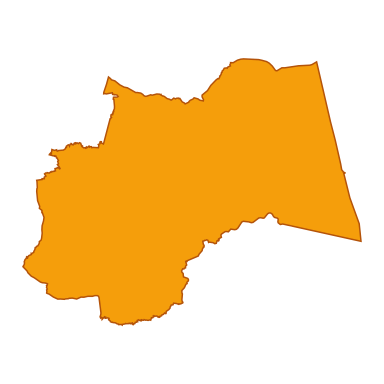 Khuan Khanun, Phatthalung, Thailand
{"feature_id": "78962969B61181446150659", "entity_name": "Khuan Khanun", "entity_type": "district", "adm_level": 2, "iso_a3": "THA", "parent_name": "Thailand", "parent_adm1": "Phatthalung", "projection": "albers", "projection_center": [100.01, 7.757], "detail": "fine", "context": "isolated", "style": "filled", "palette": "amber", "viewbox_px": 384, "rotation_deg": 0, "n_neighbors": 0, "source": "geoboundaries", "source_scale": "gbopen_adm2", "svg_char_len": 5864}
<svg xmlns="http://www.w3.org/2000/svg" viewBox="0 0 384 384"><path d="M108.5,77.0L106.5,84.3L103.8,92.3L103.7,93.8L104.7,93.6L106.4,93.9L112.3,92.8L112.6,94.4L113.8,94.3L114.1,94.9L115.0,94.7L117.0,95.0L118.2,96.5L117.2,97.1L113.5,97.2L113.2,99.2L113.9,99.6L114.5,106.4L114.4,108.8L113.5,110.9L113.7,111.6L113.1,111.8L112.9,112.4L113.2,112.9L112.7,113.4L112.9,113.8L112.6,114.7L111.7,114.4L111.0,114.9L110.9,116.7L111.5,117.5L110.7,118.1L110.5,118.8L110.1,118.8L103.7,143.2L103.3,143.3L103.3,143.9L101.0,142.8L101.3,141.7L100.7,141.6L99.9,142.1L100.0,143.7L98.3,144.5L98.8,145.3L98.4,147.7L93.0,147.4L91.8,147.7L91.4,146.7L90.0,146.7L89.5,147.1L89.0,146.1L87.7,147.2L87.1,147.4L86.4,146.9L86.2,147.3L86.6,147.9L85.7,148.3L85.2,147.7L83.7,147.9L81.9,146.5L82.4,146.0L81.3,145.1L80.7,143.2L79.4,142.7L78.5,143.6L77.1,142.9L76.6,143.4L75.7,142.7L74.6,143.0L75.0,143.9L73.4,144.0L73.1,144.9L71.5,144.4L71.4,143.6L71.1,143.5L70.9,144.0L70.1,144.3L69.5,146.1L69.1,145.2L68.3,144.8L66.4,146.2L66.4,147.4L65.8,147.4L65.3,148.8L63.4,150.1L58.6,150.5L57.6,151.1L56.6,150.6L56.6,149.8L54.4,150.4L51.9,149.5L51.6,152.0L50.2,153.5L51.3,153.4L51.4,153.7L50.0,154.2L49.5,154.8L53.4,155.9L54.7,155.7L54.8,156.3L55.9,156.1L56.5,157.9L57.0,157.9L58.4,160.6L57.7,161.4L58.5,163.8L57.4,164.6L59.2,166.9L60.0,168.6L59.5,168.8L59.2,168.2L57.3,167.5L56.9,168.2L55.0,168.6L55.4,170.8L54.7,170.9L54.5,171.3L53.6,171.2L52.9,171.6L51.9,171.4L51.6,172.0L50.7,172.3L50.5,172.0L49.2,173.1L47.2,172.6L47.0,173.0L45.6,173.0L44.5,173.9L45.9,176.1L44.2,177.2L44.3,178.7L42.1,178.7L42.1,179.5L36.7,180.3L37.0,181.6L37.3,187.9L36.9,188.7L36.7,191.3L37.6,200.7L39.7,206.4L39.4,208.4L41.9,210.4L41.9,212.6L42.3,212.6L44.0,217.4L43.5,221.0L42.1,225.8L41.9,229.9L42.2,233.1L41.6,238.3L41.1,240.1L39.3,241.6L39.3,243.2L37.9,245.8L36.5,246.4L35.9,247.5L35.2,247.6L34.9,249.5L33.9,251.3L33.7,252.4L31.9,253.4L31.2,253.3L31.4,254.5L28.8,255.6L28.0,256.8L26.8,256.6L26.6,256.8L26.5,257.3L27.3,257.6L27.4,258.2L26.2,258.4L25.1,259.5L24.2,261.9L24.5,262.5L24.3,264.4L23.0,266.5L23.2,267.0L23.7,267.0L23.9,267.7L27.0,270.9L28.0,272.9L31.3,276.2L34.3,277.8L40.3,282.0L42.2,282.7L45.3,283.0L47.5,283.7L47.3,285.0L46.6,285.4L46.9,285.8L46.5,287.3L47.3,289.1L46.6,289.9L46.9,291.4L46.6,293.0L46.9,293.3L49.1,294.1L53.3,297.0L57.8,299.1L60.3,299.0L64.4,299.3L65.5,298.9L68.3,298.7L69.1,298.3L72.3,298.1L76.7,299.0L81.0,297.1L83.9,297.2L87.9,296.3L92.4,296.3L94.9,295.6L97.4,295.6L98.3,296.1L99.0,297.3L100.9,312.4L100.9,314.1L100.1,316.8L100.6,318.0L101.4,317.3L102.4,317.9L102.0,318.4L102.1,319.4L103.5,317.8L104.3,317.9L104.3,317.0L104.6,316.8L105.1,317.6L105.6,317.3L105.7,318.2L107.7,317.9L109.0,318.4L108.6,319.7L110.2,320.9L110.4,321.7L112.1,322.4L112.5,322.2L113.2,322.6L115.4,322.8L117.0,323.8L118.5,324.1L118.6,324.6L121.2,324.5L122.2,325.1L122.3,324.4L125.1,323.9L125.5,323.5L126.0,323.7L128.9,323.6L129.0,323.3L130.2,323.2L130.4,323.7L131.7,323.7L131.8,323.1L132.3,322.9L132.8,324.5L133.2,324.7L133.5,324.5L133.2,323.7L134.9,323.5L135.3,322.3L136.7,322.2L136.9,321.5L137.6,321.6L137.3,320.4L138.7,319.8L139.2,320.5L140.3,320.2L140.9,320.9L141.3,320.8L141.2,319.9L141.4,319.7L143.0,320.3L143.7,320.2L144.1,319.6L145.4,320.2L146.0,320.0L148.1,320.4L149.9,319.9L150.7,320.2L151.5,317.7L152.7,317.8L153.2,317.2L153.3,316.1L154.0,316.4L154.1,315.8L155.0,316.2L156.9,316.0L157.7,316.9L158.4,316.7L158.8,317.3L159.5,317.3L159.8,317.1L159.7,316.4L161.6,315.8L161.9,314.9L163.4,314.4L164.6,313.0L165.6,313.6L166.0,313.5L166.3,311.3L168.7,309.7L170.0,308.2L170.1,307.0L170.6,306.5L171.1,305.1L173.0,304.8L173.6,303.2L176.4,303.5L178.9,304.4L179.2,304.2L179.0,303.9L180.9,303.9L181.7,303.2L182.6,303.1L182.9,302.3L182.1,301.1L181.9,299.6L182.4,293.9L182.0,293.2L181.8,290.6L184.4,287.7L185.9,284.3L187.1,283.6L186.8,282.8L186.9,282.3L188.4,280.8L188.4,279.3L187.7,278.4L183.5,276.9L183.1,273.4L182.0,272.4L181.6,270.8L182.7,268.8L183.9,269.0L184.4,268.1L185.5,267.9L185.6,266.0L186.7,265.0L185.8,262.1L186.7,261.7L186.1,261.2L198.3,256.0L199.0,254.3L202.1,250.7L202.5,248.8L203.2,247.8L203.3,247.2L204.0,247.0L204.1,245.5L203.3,244.1L202.8,241.2L204.3,240.8L204.7,240.3L205.7,240.4L206.6,239.8L207.9,240.3L208.6,242.4L209.1,242.1L213.2,242.7L214.8,243.7L216.3,243.3L217.0,240.8L217.4,240.6L218.2,241.0L218.8,240.7L219.1,239.8L218.5,239.4L218.6,238.9L221.4,237.3L221.0,235.8L221.1,234.6L221.6,234.0L225.0,231.7L226.1,231.5L228.4,231.8L230.8,229.1L234.8,229.7L236.4,229.3L237.9,228.0L241.8,222.0L243.3,221.3L248.9,221.9L251.3,222.7L253.0,222.4L258.8,218.0L260.6,217.7L263.2,218.2L264.3,217.9L267.6,213.8L269.0,213.0L270.6,213.0L272.3,214.2L273.5,216.4L274.5,217.4L277.2,218.1L277.9,218.6L278.2,219.6L277.9,221.4L278.1,222.7L280.3,224.5L282.7,224.0L361.0,241.3L359.2,223.7L349.9,198.0L343.8,173.5L344.9,173.2L345.0,172.8L343.1,171.9L343.1,171.5L341.7,169.8L340.6,163.7L335.3,140.5L330.5,121.9L316.6,61.9L312.1,64.5L309.9,65.2L298.5,65.8L284.9,67.8L281.9,67.8L276.9,70.8L275.5,70.5L272.3,66.1L269.3,63.2L266.6,61.6L261.9,60.3L258.6,59.6L243.6,58.9L240.7,59.2L237.4,60.2L233.2,62.7L230.6,62.6L230.7,63.2L229.9,64.7L230.4,65.9L227.9,67.0L227.2,68.2L226.7,67.9L224.3,68.2L223.0,70.4L222.1,71.1L222.1,72.2L221.4,72.7L221.2,74.1L220.5,75.4L219.7,76.1L219.9,76.6L218.8,78.8L217.9,78.6L216.1,79.9L210.9,85.3L207.5,90.6L202.1,95.1L202.1,96.9L203.5,99.7L203.3,100.9L199.8,100.2L198.0,98.9L194.1,97.8L192.9,99.1L190.4,100.2L189.0,101.5L188.8,102.2L185.1,103.9L184.4,103.0L182.2,101.9L179.9,98.5L179.1,98.7L178.9,98.2L178.4,98.1L176.5,98.3L175.5,98.9L173.8,98.1L171.5,100.0L170.5,99.9L169.7,99.3L167.1,98.6L164.4,96.5L163.2,96.0L162.8,96.1L161.3,95.2L161.0,94.4L160.3,94.7L159.7,94.2L156.8,94.0L152.2,95.2L150.7,94.8L146.7,96.2L145.2,96.3L143.7,95.5L142.9,94.5L140.8,93.1L137.1,92.5L135.8,92.6L127.4,87.8L124.0,87.1L119.7,84.8L114.9,80.9L111.4,79.8L110.6,78.7L108.5,77.0Z" fill="#f59e0b" stroke="#b45309" stroke-width="1.5"/></svg>